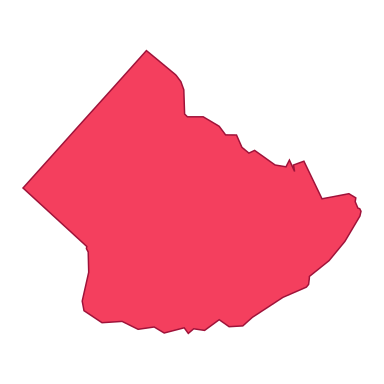 Atlantic, New Jersey, United States of America
{"feature_id": "52423323B94893090116384", "entity_name": "Atlantic", "entity_type": "district", "adm_level": 2, "iso_a3": "USA", "parent_name": "United States of America", "parent_adm1": "New Jersey", "projection": "albers", "projection_center": [-74.593, 39.509], "detail": "fine", "context": "isolated", "style": "filled", "palette": "rose", "viewbox_px": 384, "rotation_deg": 0, "n_neighbors": 0, "source": "geoboundaries", "source_scale": "gbopen_adm2", "svg_char_len": 858}
<svg xmlns="http://www.w3.org/2000/svg" viewBox="0 0 384 384"><path d="M76.6,128.3L59.5,147.4L23.0,188.0L86.8,246.5L86.4,248.6L88.2,252.0L88.7,272.3L82.2,301.1L84.0,310.7L102.0,322.7L122.1,321.4L138.1,329.3L154.2,327.0L164.2,333.0L184.2,327.8L188.3,333.4L193.7,328.8L204.6,330.4L219.2,319.7L229.1,326.7L242.8,325.9L252.4,317.3L283.0,297.3L306.4,287.1L308.6,284.4L309.3,278.7L309.4,276.4L329.0,260.7L344.9,241.4L348.1,236.0L359.9,216.1L361.0,211.3L359.7,208.7L357.9,208.1L355.2,201.7L355.8,197.9L348.9,193.7L322.0,198.8L303.9,161.2L293.5,165.0L294.6,171.5L289.4,160.1L286.0,166.8L275.1,165.0L254.6,150.4L248.9,153.1L241.9,147.3L236.5,135.0L225.6,134.9L219.2,126.3L203.2,116.8L187.4,116.8L184.6,114.0L183.8,89.8L180.9,81.7L176.2,75.4L175.4,74.6L152.5,55.6L146.4,50.6L114.9,85.8L85.6,118.3L76.6,128.3Z" fill="#f43f5e" stroke="#9f1239" stroke-width="1.5"/></svg>